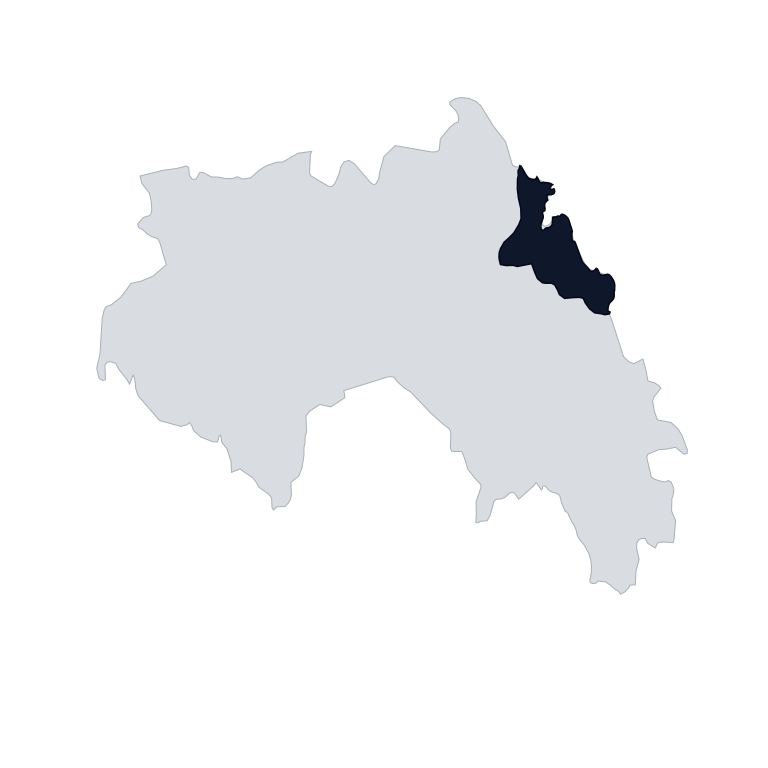 Mandiana on a map of Guinea (Equal Earth projection), rotated 343°
{"feature_id": "GIN-5654", "entity_name": "Mandiana", "entity_type": "Prefecture", "adm_level": 1, "iso_a3": "GIN", "parent_name": "Guinea", "parent_adm1": "", "projection": "equal_earth", "projection_center": [-8.495, 10.8], "detail": "fine", "context": "in_parent", "style": "filled", "palette": "ink", "viewbox_px": 768, "rotation_deg": 343, "n_neighbors": 0, "source": "natural_earth", "source_scale": "10m", "svg_char_len": 5873}
<svg xmlns="http://www.w3.org/2000/svg" viewBox="0 0 768 768"><g transform="rotate(343 384 384)"><path d="M463.0,528.1L457.3,527.1L454.8,528.5L447.3,540.3L442.7,544.9L435.8,543.5L433.2,544.3L431.4,543.0L433.9,536.5L437.6,523.7L446.8,510.7L447.0,508.0L443.3,500.5L439.3,490.2L439.3,479.1L438.6,471.2L430.4,468.9L429.0,467.6L428.7,464.9L433.4,451.1L433.7,448.4L433.2,445.9L428.2,438.8L420.4,425.8L407.0,399.1L402.0,393.5L397.2,385.3L395.4,380.2L390.4,378.3L343.6,378.6L342.7,385.6L326.5,390.3L316.6,384.9L305.5,388.0L300.1,391.6L295.9,407.2L293.5,410.5L291.1,417.5L288.9,421.3L286.5,429.0L281.2,440.0L275.6,447.1L266.2,450.9L263.2,462.5L261.0,466.8L257.4,470.1L253.5,472.3L245.8,470.1L241.5,472.2L240.8,469.3L243.2,460.1L241.3,455.4L234.0,445.9L233.3,441.3L231.1,435.4L221.4,423.2L212.4,423.9L215.0,413.7L214.9,400.1L211.9,392.7L212.7,385.1L211.0,385.6L208.0,390.8L203.1,389.1L193.3,381.1L188.4,373.2L187.8,366.6L186.7,364.0L183.7,365.4L177.5,365.2L158.7,353.4L145.5,323.5L145.2,316.8L147.2,305.2L146.8,302.1L140.6,309.8L139.5,304.6L134.8,292.7L133.5,285.8L129.0,282.7L125.4,282.2L122.6,284.5L118.8,298.5L116.1,298.4L113.2,295.4L113.9,284.9L121.3,271.9L133.6,239.0L138.0,231.4L140.8,228.8L146.5,228.5L157.7,224.1L171.5,213.8L182.0,214.6L194.4,213.4L210.6,206.3L211.0,184.2L210.4,179.3L204.7,174.9L201.4,171.1L198.6,166.2L195.1,162.7L195.2,159.1L202.5,154.3L209.0,154.4L211.2,152.6L212.9,149.4L214.8,141.5L215.5,133.1L211.2,121.8L211.5,113.8L235.2,115.0L248.2,117.2L258.8,117.8L260.5,119.6L259.0,127.4L260.3,132.0L264.0,133.2L269.9,127.8L273.0,129.0L279.7,135.7L285.8,137.6L292.6,141.2L298.9,143.2L304.5,143.0L308.8,146.7L316.7,147.9L326.9,143.1L334.9,141.0L346.2,140.5L352.1,142.1L369.3,138.2L382.8,140.4L380.7,143.0L374.4,160.7L375.1,163.8L388.8,178.8L392.0,179.9L395.8,177.8L401.7,170.9L406.4,163.4L410.9,159.8L416.1,160.0L420.3,165.3L430.0,187.5L432.4,190.3L434.8,190.2L439.1,186.1L441.2,181.2L450.3,166.6L464.4,159.3L497.6,176.1L502.5,177.3L505.4,176.1L509.5,166.2L522.1,157.7L528.1,155.4L531.5,155.1L532.9,152.4L533.5,148.4L532.8,144.2L529.0,136.7L528.8,134.5L531.1,133.0L535.8,131.9L542.0,132.7L549.0,135.9L554.6,140.6L557.9,146.2L564.1,169.6L571.1,187.9L570.8,212.5L573.9,215.0L577.3,216.1L578.9,218.0L582.3,228.2L585.5,231.1L589.4,231.8L596.6,238.3L601.2,240.9L601.9,242.8L601.7,245.5L599.9,248.9L592.9,255.7L589.5,261.5L582.4,275.5L582.2,278.1L583.7,280.0L586.6,280.3L589.8,279.4L596.3,274.2L601.4,276.1L606.4,280.0L608.2,284.0L608.6,289.3L607.5,296.1L607.3,303.8L609.0,316.8L611.6,329.9L614.2,334.6L630.6,346.1L632.2,350.4L633.1,355.2L631.9,361.9L630.2,365.6L621.1,375.8L619.8,380.6L620.5,389.7L621.1,427.9L624.7,434.3L628.9,437.6L638.9,435.8L638.6,446.4L637.3,458.3L643.1,462.0L646.0,465.6L647.6,469.0L638.4,475.3L635.8,479.0L634.6,489.0L634.9,498.2L647.2,504.7L651.9,512.4L654.0,520.4L654.8,535.5L653.7,539.0L650.5,539.0L644.3,529.8L634.7,528.8L627.6,527.1L615.8,528.3L613.8,531.0L612.4,551.1L615.3,554.5L620.9,558.3L624.6,559.9L627.7,559.4L630.0,561.9L630.6,568.5L628.9,573.3L625.8,577.8L621.9,589.4L622.8,600.0L616.1,617.0L614.2,620.3L605.4,616.9L599.6,615.8L595.4,620.1L589.7,613.5L588.6,608.3L586.5,607.3L582.6,607.2L579.1,610.1L577.5,615.5L576.7,626.4L570.2,636.7L565.7,649.5L560.4,648.3L559.2,649.9L553.7,653.2L548.8,654.2L547.6,650.7L544.8,647.9L541.6,642.5L538.1,638.1L531.3,635.0L528.6,636.4L525.4,636.0L523.3,634.3L523.6,631.6L527.2,624.9L529.2,618.8L530.3,612.1L530.3,605.7L528.4,596.7L525.4,589.5L524.6,585.4L525.0,579.5L524.3,574.0L523.3,571.1L521.9,560.7L520.1,558.8L519.1,550.5L519.4,541.9L516.7,538.7L512.6,536.3L510.2,533.0L508.7,529.3L507.2,528.2L505.9,528.4L504.7,530.7L503.4,531.2L501.0,523.2L500.0,522.9L498.3,524.7L479.1,533.6L476.7,526.1L473.0,524.7L466.7,527.7L463.0,528.1Z" fill="#d9dde1" stroke="#a8b0b8" stroke-width="1"/><path d="M631.9,361.9L631.2,363.0L630.7,364.3L630.3,365.6L630.0,367.0L628.6,369.5L626.9,370.7L623.2,372.6L621.8,374.3L620.3,377.0L619.5,379.4L620.2,380.5L621.2,381.0L620.9,381.9L620.0,382.9L615.5,382.3L612.0,380.2L606.2,377.5L602.5,372.1L600.2,365.3L599.6,360.3L596.1,358.2L589.0,356.4L581.7,354.9L577.9,349.8L577.5,345.1L576.2,339.1L573.5,336.5L568.2,335.0L565.1,333.5L561.6,328.1L560.9,322.5L560.3,312.1L545.9,310.6L542.0,308.2L535.6,306.5L530.3,303.8L530.5,299.6L531.0,296.4L532.5,292.2L534.7,288.9L540.2,283.6L546.6,280.6L552.6,277.3L559.4,271.1L563.4,266.1L566.1,256.3L566.9,245.6L568.5,236.7L571.6,227.0L573.4,223.9L574.0,221.2L574.8,218.8L576.3,217.5L577.8,214.9L578.8,215.8L580.4,222.9L580.7,224.7L581.3,226.7L582.1,228.6L582.9,230.0L586.9,232.4L588.9,232.6L590.8,230.6L591.2,231.8L591.5,233.9L591.8,235.7L592.4,237.2L593.3,237.6L595.3,237.7L599.7,239.5L601.9,240.9L603.6,242.7L602.2,243.2L600.7,244.1L599.8,245.4L600.4,246.9L601.8,247.2L603.1,246.9L603.9,247.4L603.5,249.9L602.6,251.2L601.3,251.8L599.8,251.9L598.5,251.7L595.7,250.9L595.0,251.6L594.2,253.8L594.2,254.2L594.5,254.7L594.6,255.2L594.5,256.0L594.3,256.2L593.5,256.3L593.3,256.4L592.7,256.9L591.1,257.8L590.6,258.2L589.7,259.9L589.3,263.4L588.7,265.0L588.0,265.4L586.5,265.5L585.9,265.8L585.3,267.0L585.2,267.9L585.4,268.9L585.4,270.0L584.6,272.0L581.2,276.5L580.6,277.8L580.0,279.4L579.7,281.2L580.0,282.7L581.1,283.7L582.3,283.3L583.6,282.4L585.0,282.2L586.2,282.5L587.6,282.5L588.9,282.3L590.0,281.8L591.4,280.6L592.1,279.1L594.0,273.8L595.2,273.8L596.7,274.4L598.2,274.4L599.0,274.1L599.6,274.3L601.0,274.9L601.7,274.7L603.1,273.7L604.0,273.7L605.6,274.8L607.2,276.7L608.3,279.0L608.7,281.2L608.8,291.4L608.7,293.2L608.2,294.1L607.7,294.9L606.2,300.4L606.0,302.4L608.0,303.4L608.3,305.2L609.4,324.8L610.3,327.4L612.5,331.5L614.3,336.0L615.7,337.0L617.3,337.0L619.0,336.6L620.1,335.9L620.7,335.4L621.2,335.7L622.0,337.2L622.2,338.4L622.3,341.0L622.7,342.3L624.1,343.6L626.0,344.1L630.0,344.4L631.4,345.5L632.5,347.6L633.3,350.1L633.8,352.3L633.9,354.9L633.5,357.2L631.9,361.9Z" fill="#0f172a" stroke="#020617" stroke-width="1.5"/></g></svg>